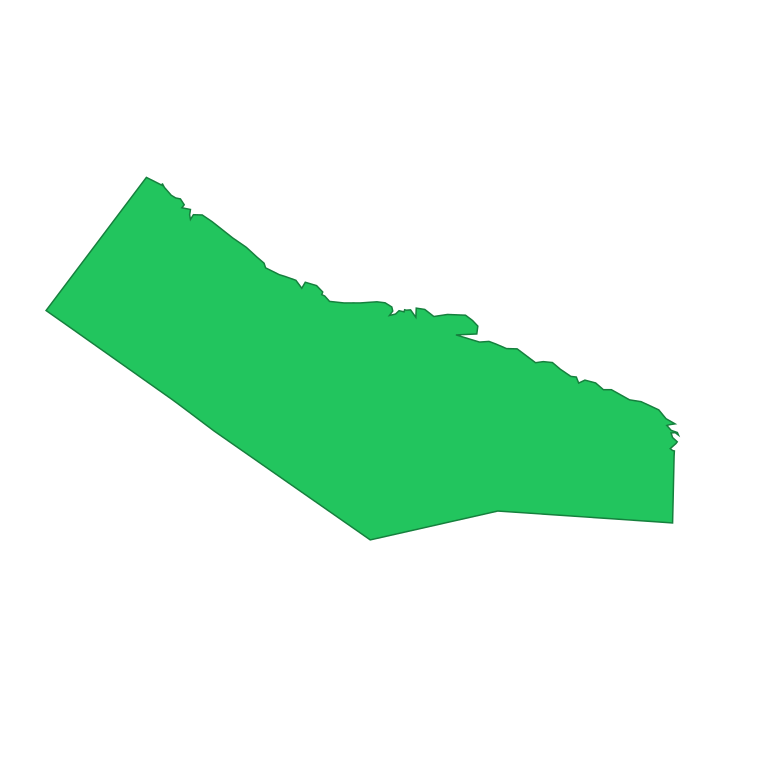 outline of Port Sudan, Red Sea, Sudan, rotated 307°
{"feature_id": "16777658B42019308608710", "entity_name": "Port Sudan", "entity_type": "district", "adm_level": 2, "iso_a3": "SDN", "parent_name": "Sudan", "parent_adm1": "Red Sea", "projection": "robinson", "projection_center": [37.267, 19.497], "detail": "fine", "context": "isolated", "style": "filled", "palette": "green", "viewbox_px": 768, "rotation_deg": 307, "n_neighbors": 0, "source": "geoboundaries", "source_scale": "gbopen_adm2", "svg_char_len": 1436}
<svg xmlns="http://www.w3.org/2000/svg" viewBox="0 0 768 768"><g transform="rotate(307 384 384)"><path d="M446.7,698.1L466.9,683.6L501.1,659.0L505.3,656.2L504.6,654.6L504.6,651.5L508.7,652.3L512.2,653.0L514.3,653.0L514.9,646.7L517.7,642.7L520.4,645.9L520.4,649.9L521.8,647.5L519.8,641.2L521.1,634.8L523.2,636.4L527.3,640.4L526.0,630.1L528.7,619.0L524.6,599.9L519.1,589.6L516.3,569.0L511.5,562.7L512.2,552.4L508.0,542.1L501.9,538.9L505.3,533.4L502.5,528.6L501.9,515.9L502.5,505.6L497.7,497.7L492.2,492.2L492.2,484.2L492.2,469.2L486.0,460.5L483.3,449.4L481.2,442.2L475.0,435.1L471.8,426.4L466.5,411.9L479.8,428.0L486.7,424.1L488.0,416.5L488.0,407.7L477.7,392.8L467.9,383.2L468.1,371.7L464.0,364.1L456.4,369.3L459.2,360.6L456.4,357.4L455.7,355.8L453.7,356.6L451.6,351.9L446.8,351.1L442.0,347.1L447.5,347.1L450.2,343.9L449.5,336.0L445.4,328.9L439.2,321.7L434.4,316.2L430.3,310.7L424.8,303.5L417.2,290.8L418.6,283.7L417.9,280.5L420.6,279.7L422.0,271.0L417.9,259.9L411.0,260.7L413.8,251.2L410.3,240.1L408.3,234.6L405.5,219.5L408.3,215.5L408.9,206.0L410.3,191.8L409.6,175.1L410.2,149.0L409.6,137.1L404.5,129.9L398.9,130.4L402.2,126.9L406.9,124.4L403.1,116.5L406.9,116.6L409.3,110.0L407.2,105.6L406.7,100.5L407.5,96.7L408.8,90.4L410.7,86.2L409.2,87.6L406.0,69.9L239.3,69.9L240.2,97.6L244.1,224.5L244.2,237.5L244.2,276.5L251.2,466.8L351.0,551.3L438.0,684.7L443.2,692.7L446.7,698.1Z" fill="#22c55e" stroke="#15803d" stroke-width="1.5"/></g></svg>